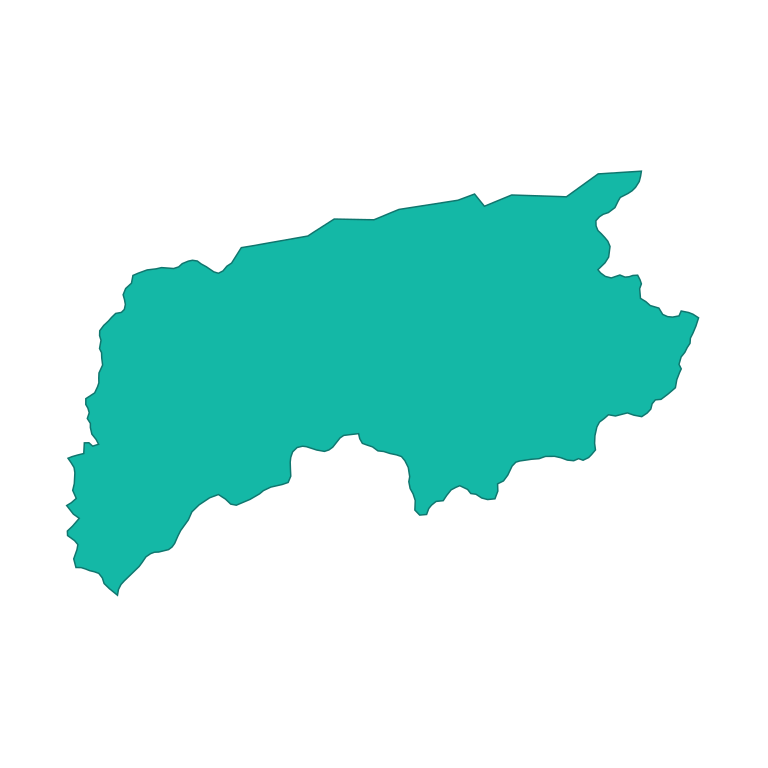 the district of Beneditinos, Piauí, Brazil, rotated 280°
{"feature_id": "56859067B90877383112552", "entity_name": "Beneditinos", "entity_type": "district", "adm_level": 2, "iso_a3": "BRA", "parent_name": "Brazil", "parent_adm1": "Piauí", "projection": "mercator", "projection_center": [-42.424, -5.514], "detail": "fine", "context": "isolated", "style": "filled", "palette": "teal", "viewbox_px": 768, "rotation_deg": 280, "n_neighbors": 0, "source": "geoboundaries", "source_scale": "gbopen_adm2", "svg_char_len": 3460}
<svg xmlns="http://www.w3.org/2000/svg" viewBox="0 0 768 768"><g transform="rotate(280 384 384)"><path d="M447.3,117.9L439.4,117.8L433.2,113.0L426.6,111.6L422.0,113.8L417.4,115.5L412.3,115.3L408.9,112.9L406.9,107.5L402.2,104.1L398.2,101.7L393.0,97.8L387.1,94.8L382.3,95.5L377.9,97.7L369.5,97.7L365.8,100.4L360.7,101.5L353.8,103.6L345.4,101.4L340.2,102.1L335.7,103.0L331.6,102.4L325.0,100.6L317.8,92.9L312.0,93.9L308.8,96.6L304.5,98.7L298.5,97.8L294.2,101.7L290.1,102.4L283.9,105.0L279.4,110.1L275.1,113.4L272.2,107.9L274.9,103.6L274.0,99.1L263.4,100.4L260.8,94.5L258.3,89.4L256.0,85.7L252.5,89.2L247.9,93.3L242.8,95.0L232.1,96.3L225.2,95.9L217.9,100.8L212.8,96.7L209.2,92.6L201.9,100.7L198.8,107.2L189.9,101.9L184.2,97.7L179.8,98.7L176.0,106.5L172.7,110.4L167.6,110.4L157.9,108.8L149.8,112.5L150.6,117.7L150.0,122.2L149.1,126.5L148.8,131.3L148.0,136.0L144.1,140.3L138.9,143.0L134.7,149.2L129.7,158.2L135.6,158.2L140.9,159.8L145.0,162.4L161.7,174.5L166.1,176.7L172.5,179.6L176.4,183.6L178.5,187.2L179.4,191.3L183.5,200.6L186.7,203.6L190.6,205.5L198.8,207.5L204.4,209.2L216.2,214.9L224.7,217.0L232.9,222.9L241.7,232.1L246.4,240.1L243.1,247.9L239.1,253.9L239.0,259.6L247.1,272.1L254.2,280.5L258.1,283.8L262.8,290.4L267.4,301.3L270.4,306.7L277.0,308.2L284.1,306.6L290.8,305.2L295.5,304.9L301.3,305.8L306.4,309.5L308.6,314.6L308.8,318.5L307.3,329.2L307.3,337.1L309.5,341.2L312.9,344.5L323.3,350.1L326.4,353.3L327.8,357.9L330.7,367.6L325.9,369.6L321.8,373.0L320.9,378.1L320.1,383.6L317.1,389.6L317.5,395.4L316.6,402.0L316.4,408.6L315.6,413.8L312.1,417.9L306.0,422.4L297.2,425.4L292.1,425.4L285.6,427.9L280.9,431.7L274.7,435.0L265.2,436.3L261.1,441.9L262.9,448.6L269.1,449.7L272.9,451.8L277.4,455.7L279.4,462.6L285.0,465.0L291.4,468.5L294.7,472.7L297.0,476.3L294.7,484.6L291.2,488.5L291.4,493.7L288.7,500.0L288.2,506.1L290.2,513.2L298.3,514.7L305.4,513.2L309.3,518.5L315.7,521.7L325.4,524.4L329.9,527.4L331.8,531.1L333.6,536.6L335.5,542.3L337.4,549.7L340.7,555.5L342.4,564.6L342.1,571.1L340.9,577.7L341.4,584.2L344.3,588.6L343.5,593.3L347.1,598.3L350.6,600.7L355.8,603.7L362.2,601.7L369.7,600.7L374.4,600.9L378.7,601.1L383.9,602.8L388.2,606.8L392.7,610.4L392.7,617.5L397.8,628.7L396.7,635.5L396.6,643.5L401.1,648.2L405.6,651.1L411.1,651.5L415.5,654.0L417.0,659.5L423.7,665.7L430.9,671.6L439.1,671.6L446.7,673.1L450.5,674.1L454.6,671.1L462.2,671.9L467.5,674.8L472.6,676.3L477.2,678.3L482.4,677.8L487.7,679.4L495.1,681.1L503.8,682.3L506.4,676.1L507.3,671.6L507.5,664.0L502.3,662.7L500.0,656.6L499.6,651.6L500.9,646.4L506.5,641.5L507.5,632.5L510.5,627.7L512.9,621.7L522.3,619.2L527.3,620.1L531.0,618.1L535.2,614.9L534.1,610.2L532.2,606.8L531.1,602.8L532.3,597.4L527.9,589.4L528.4,583.2L531.0,578.0L533.7,574.8L541.7,580.6L548.0,583.2L558.7,582.7L563.4,579.7L566.6,576.0L569.7,571.9L572.3,568.0L576.5,565.4L581.6,564.3L586.2,567.2L589.2,570.4L591.8,575.2L597.8,580.8L605.1,582.9L608.8,584.3L614.0,591.2L617.4,594.8L621.4,597.6L627.7,600.2L633.2,600.6L638.3,600.5L628.1,558.4L600.0,531.1L599.1,524.4L592.3,476.9L576.5,452.0L586.8,440.2L577.8,424.9L558.5,368.4L554.4,361.9L546.7,349.9L544.0,345.6L543.0,339.5L537.8,306.3L521.7,288.8L516.5,283.3L503.0,246.2L497.0,229.8L493.5,219.8L476.6,212.9L472.7,208.8L467.4,205.8L464.3,201.7L464.9,196.9L468.6,188.7L470.5,183.1L472.7,178.8L472.6,173.9L471.0,169.9L467.5,164.4L463.7,161.5L461.2,156.8L460.7,151.6L460.0,144.7L457.8,139.5L455.2,130.9L450.4,122.6L447.3,117.9Z" fill="#14b8a6" stroke="#0f766e" stroke-width="1.5"/></g></svg>